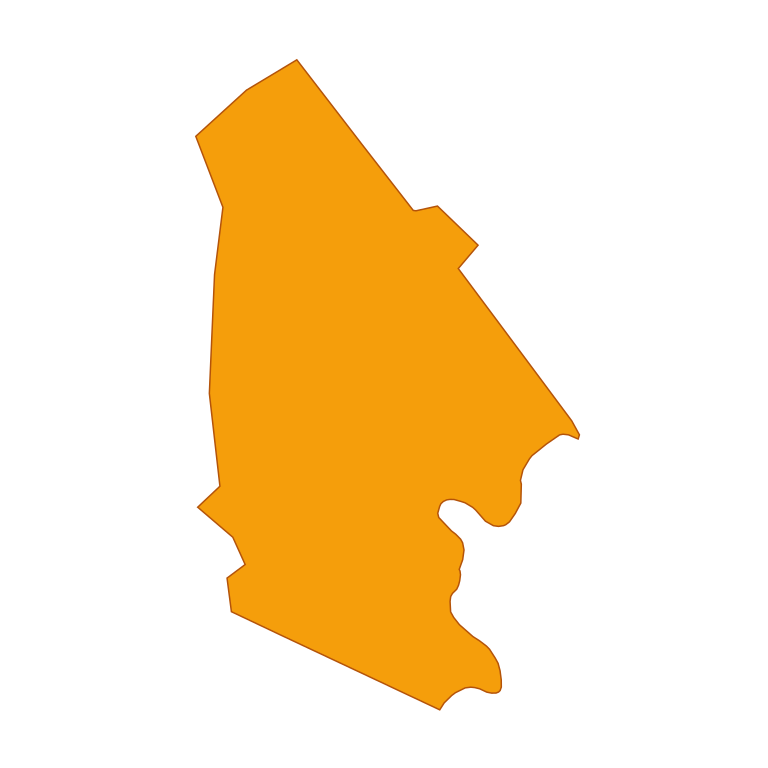 the district of Jackson, West Virginia, United States of America, rotated 177°
{"feature_id": "52423323B94363624376264", "entity_name": "Jackson", "entity_type": "district", "adm_level": 2, "iso_a3": "USA", "parent_name": "United States of America", "parent_adm1": "West Virginia", "projection": "orthographic", "projection_center": [-81.764, 38.825], "detail": "fine", "context": "isolated", "style": "filled", "palette": "amber", "viewbox_px": 768, "rotation_deg": 177, "n_neighbors": 0, "source": "geoboundaries", "source_scale": "gbopen_adm2", "svg_char_len": 1282}
<svg xmlns="http://www.w3.org/2000/svg" viewBox="0 0 768 768"><g transform="rotate(177 384 384)"><path d="M321.3,558.9L343.0,555.3L345.7,555.8L393.8,624.9L454.1,712.3L505.9,684.7L559.0,641.2L535.6,568.9L547.5,502.1L558.9,383.7L553.2,290.5L576.5,270.7L543.0,238.9L532.1,211.0L550.9,198.4L548.3,164.6L501.8,139.5L345.4,55.7L340.6,62.4L332.7,69.4L328.8,72.0L318.8,76.3L313.2,76.7L309.3,76.1L304.4,74.6L297.5,70.9L292.8,69.7L288.3,69.5L285.7,70.4L284.1,71.8L282.7,75.2L282.4,82.3L283.1,91.5L284.7,99.1L287.3,104.5L292.5,113.6L295.4,116.9L302.0,122.5L308.4,127.1L321.3,139.7L326.6,147.2L329.4,152.9L329.4,163.5L328.5,168.3L326.6,171.3L322.1,175.3L320.1,179.1L318.7,183.5L317.6,189.5L317.9,193.3L318.6,194.9L314.6,204.5L312.8,214.0L313.0,215.6L313.8,221.3L315.6,225.0L320.2,230.2L324.3,233.7L336.3,247.8L337.1,252.1L334.8,258.9L333.4,261.5L330.9,263.6L327.5,265.0L324.2,265.3L320.1,265.0L313.3,262.7L309.2,261.1L301.9,256.2L299.1,253.4L289.9,241.7L282.2,236.8L277.1,235.8L272.0,236.3L269.8,237.1L265.9,239.8L259.7,247.8L253.6,257.9L252.1,276.8L252.8,280.6L249.7,291.1L242.7,301.6L240.0,304.7L224.9,315.6L211.3,324.0L207.9,324.5L202.5,323.6L193.0,318.9L191.5,323.0L198.4,337.3L266.1,438.9L303.8,495.4L282.8,517.7L321.3,558.9Z" fill="#f59e0b" stroke="#b45309" stroke-width="1.5"/></g></svg>